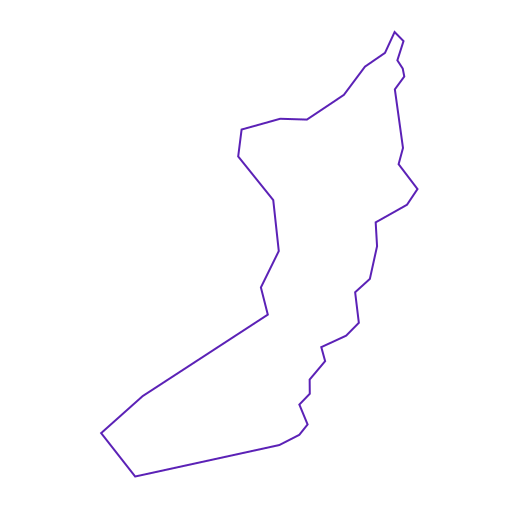 Gogrial East, Warrap, South Sudan, rotated 169°
{"feature_id": "79223893B33443861604681", "entity_name": "Gogrial East", "entity_type": "district", "adm_level": 2, "iso_a3": "SSD", "parent_name": "South Sudan", "parent_adm1": "Warrap", "projection": "mercator", "projection_center": [28.468, 8.516], "detail": "fine", "context": "isolated", "style": "outline", "palette": "violet", "viewbox_px": 512, "rotation_deg": 169, "n_neighbors": 0, "source": "geoboundaries", "source_scale": "gbopen_adm2", "svg_char_len": 618}
<svg xmlns="http://www.w3.org/2000/svg" viewBox="0 0 512 512"><g transform="rotate(169 256 256)"><path d="M269.1,66.0L247.6,72.2L237.5,80.8L241.8,101.9L229.5,110.5L226.9,124.5L208.2,139.6L209.3,154.1L182.7,160.6L167.8,170.8L165.6,201.5L148.6,211.8L135.3,242.5L132.1,266.2L98.0,277.5L84.7,290.9L98.5,318.9L91.1,334.0L87.9,393.1L76.2,403.9L76.2,412.0L79.9,421.1L70.2,438.8L77.2,449.4L90.6,430.8L112.9,421.1L139.0,397.4L180.0,380.2L206.1,386.1L246.0,382.9L254.5,357.1L228.4,307.6L232.7,256.5L257.2,224.2L255.6,196.2L394.0,140.1L441.8,111.7L416.7,62.6L269.1,66.0Z" fill="none" stroke="#5b21b6" stroke-width="2"/></g></svg>